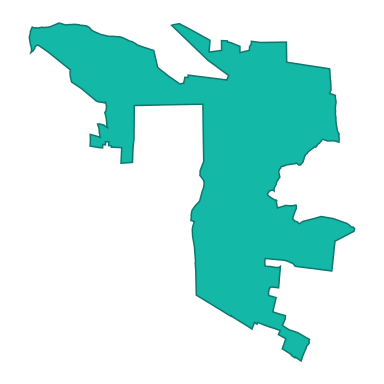 the district of Sacalum, Yucatán, Mexico
{"feature_id": "50627088B66414175482528", "entity_name": "Sacalum", "entity_type": "district", "adm_level": 2, "iso_a3": "MEX", "parent_name": "Mexico", "parent_adm1": "Yucatán", "projection": "robinson", "projection_center": [-89.63, 20.506], "detail": "fine", "context": "isolated", "style": "filled", "palette": "teal", "viewbox_px": 384, "rotation_deg": 0, "n_neighbors": 0, "source": "geoboundaries", "source_scale": "gbopen_adm2", "svg_char_len": 5230}
<svg xmlns="http://www.w3.org/2000/svg" viewBox="0 0 384 384"><path d="M30.9,52.5L33.2,50.7L33.7,49.8L34.6,48.6L35.2,46.6L35.6,46.2L37.8,44.9L45.5,50.1L48.1,52.0L69.0,68.8L70.4,69.9L70.0,72.0L70.2,75.6L70.3,76.2L71.2,80.4L71.4,81.4L71.6,82.0L81.6,88.7L95.1,100.0L95.3,100.1L95.4,100.3L95.8,100.7L96.4,101.0L97.2,101.5L98.4,101.8L102.8,102.4L104.4,102.9L105.4,102.1L106.2,104.4L106.4,105.5L106.5,107.8L105.9,111.1L104.8,112.4L106.1,117.3L106.6,121.3L106.8,125.4L107.0,126.2L107.6,127.6L105.7,126.6L103.8,125.0L99.6,124.0L98.4,123.9L97.6,124.0L98.8,127.7L99.1,129.2L99.3,132.6L100.3,137.4L98.9,136.8L98.5,136.7L98.4,136.7L98.2,136.6L90.2,134.4L90.4,139.3L90.1,146.1L96.2,147.1L99.1,147.6L99.4,147.6L99.5,147.6L102.6,147.9L102.7,144.6L105.5,144.8L105.6,141.7L108.8,141.9L108.6,145.6L111.4,145.8L111.4,147.2L114.0,147.3L116.8,147.4L121.8,147.7L121.8,147.8L121.7,147.9L121.7,148.0L121.0,163.2L132.5,162.4L132.5,160.8L132.6,159.3L132.7,157.2L132.7,155.6L132.7,154.7L132.8,153.1L132.9,150.7L133.1,147.3L133.1,147.1L134.0,138.9L134.0,134.7L134.3,105.5L141.7,105.4L159.9,105.0L162.6,104.9L179.0,104.6L202.9,104.2L203.2,129.6L203.7,160.9L203.9,160.9L200.1,170.8L200.1,171.2L200.1,172.7L200.1,173.3L199.9,175.4L202.8,179.1L203.7,180.6L204.2,183.4L203.9,185.9L203.7,187.2L203.1,189.1L202.2,191.4L200.0,199.8L199.5,201.2L195.7,205.3L193.7,207.9L192.1,210.3L191.7,211.8L191.2,214.9L191.3,216.8L190.9,220.4L194.3,221.6L192.8,226.4L192.3,229.3L192.6,236.2L194.4,246.6L195.4,259.9L195.7,261.3L195.2,262.3L195.8,271.0L195.8,271.6L196.3,294.6L196.3,294.8L196.3,295.1L231.0,316.3L231.1,316.0L231.2,315.9L231.2,316.0L231.7,316.3L232.3,316.6L232.9,317.0L233.5,317.4L234.1,317.8L234.6,318.1L235.2,318.5L235.9,318.9L236.4,319.2L237.0,319.6L237.6,320.0L238.2,320.4L238.8,320.7L239.4,321.1L240.0,321.5L240.7,321.9L241.2,322.2L242.1,322.8L242.3,322.9L248.3,326.6L250.0,327.7L251.9,329.1L254.6,322.4L257.0,324.2L257.6,322.4L269.1,326.8L274.5,328.5L280.2,330.5L278.4,334.6L285.8,338.7L282.3,348.8L289.5,353.4L291.5,354.7L291.3,355.4L295.0,357.8L295.4,357.1L301.1,361.0L302.6,356.4L304.6,351.5L306.1,348.3L306.6,346.1L307.5,345.2L308.1,344.5L308.9,343.5L309.2,342.7L309.1,341.9L309.0,340.6L309.5,339.4L306.4,337.7L297.6,332.6L290.8,330.3L289.5,330.0L289.0,329.7L282.4,325.5L285.2,319.1L285.4,315.6L278.4,313.7L272.8,311.8L276.1,297.6L268.7,295.5L268.5,292.6L268.6,291.3L268.9,291.2L268.8,290.5L269.4,288.9L269.6,288.8L269.4,288.3L270.2,287.3L271.7,287.0L278.6,287.8L280.4,266.4L279.2,267.4L276.5,267.5L273.1,267.0L269.4,266.4L269.2,266.6L265.1,266.1L264.7,261.6L265.3,258.5L273.8,259.3L283.8,260.2L284.2,260.3L285.1,260.4L289.1,261.8L290.4,262.6L292.7,263.2L295.1,266.2L295.8,266.4L307.1,267.8L331.8,271.0L335.0,241.2L353.9,231.3L354.7,228.8L353.2,227.1L352.1,227.0L351.5,227.1L348.9,224.8L346.8,223.4L333.3,218.6L321.1,216.5L314.6,218.4L302.9,221.4L299.6,223.6L298.6,223.5L297.6,222.1L294.7,220.9L292.6,218.7L293.4,216.0L295.5,210.1L296.2,208.9L296.3,207.9L296.3,205.3L295.1,205.1L293.1,205.7L289.6,205.8L285.6,205.4L282.8,206.4L281.0,206.9L278.0,207.7L277.4,207.9L276.3,202.0L276.8,200.9L275.9,199.9L275.3,200.1L275.1,200.2L270.3,197.2L268.4,195.8L267.3,194.2L269.1,191.6L269.1,191.2L271.9,190.2L272.3,190.2L273.3,190.3L274.1,191.0L274.1,188.4L275.3,186.0L276.0,184.8L276.4,183.4L276.5,182.4L279.3,177.8L279.9,177.1L279.5,175.7L279.1,173.5L278.7,172.9L278.7,171.7L279.9,168.6L280.3,168.4L280.8,168.0L281.2,166.6L283.8,166.1L286.4,164.9L295.5,163.6L296.5,163.1L298.9,165.1L300.7,164.8L301.3,163.8L302.6,162.5L303.0,161.9L304.0,158.7L304.4,157.3L305.3,154.9L306.6,153.8L307.4,153.1L307.9,152.1L314.3,147.1L315.8,147.1L317.6,144.5L318.2,144.0L318.9,143.6L319.6,143.1L320.3,142.0L321.0,141.4L321.5,140.7L322.1,139.9L322.5,139.5L323.4,139.4L324.8,140.0L327.2,140.9L329.5,140.9L331.0,140.8L334.6,140.9L339.0,142.2L339.1,137.7L338.9,136.1L339.1,134.0L337.7,131.8L336.6,126.2L336.3,124.5L336.0,121.5L335.9,120.0L335.9,117.3L335.5,115.0L335.4,113.5L335.6,111.4L335.4,109.3L335.5,106.3L336.1,102.0L335.3,97.1L335.4,95.5L332.0,94.1L329.7,93.7L331.0,89.9L330.9,86.1L330.6,81.0L330.1,76.4L329.9,71.2L329.9,70.0L329.4,69.3L329.5,68.8L318.0,67.0L303.4,64.8L286.7,62.2L286.4,42.1L260.7,42.5L252.0,41.4L251.9,41.4L251.4,41.3L251.3,43.8L249.5,46.9L249.4,50.3L239.9,52.6L240.0,46.4L230.1,42.4L227.7,42.2L227.4,40.8L226.2,40.8L221.5,40.6L221.6,50.4L209.1,52.1L210.0,40.3L190.8,29.7L179.4,23.7L173.6,24.7L171.6,25.3L208.1,60.4L228.6,75.4L227.8,77.8L227.0,79.2L227.0,80.0L188.1,75.1L188.1,77.5L184.9,77.3L184.2,80.8L183.7,82.3L183.8,83.2L179.7,83.9L172.8,79.0L168.6,76.2L166.4,74.4L165.5,73.8L164.9,73.1L163.5,72.1L161.4,70.5L157.5,67.2L156.3,61.2L155.1,56.5L153.8,50.5L143.6,47.2L136.9,44.8L135.7,43.7L132.0,41.6L129.6,41.0L122.5,37.6L120.1,36.9L114.1,36.4L108.5,36.3L100.3,34.3L94.0,31.5L93.6,31.3L91.4,30.0L91.3,29.9L90.6,29.0L90.4,28.8L89.5,27.7L89.4,27.6L88.8,27.0L87.7,26.7L86.7,25.9L82.0,25.3L80.2,25.3L78.9,24.7L74.1,24.3L70.8,24.6L68.5,24.6L65.9,25.0L64.7,24.7L59.1,23.0L50.1,26.8L47.4,27.3L45.9,27.3L44.1,27.6L42.6,27.2L42.1,27.3L40.8,27.4L39.2,27.7L38.8,27.9L37.7,28.1L37.1,27.9L36.1,27.7L34.4,27.9L32.2,27.1L30.4,31.4L30.3,33.5L29.3,37.3L29.7,39.9L30.0,42.0L30.7,45.5L31.3,47.2L31.5,49.5L31.5,50.9L30.9,52.5Z" fill="#14b8a6" stroke="#0f766e" stroke-width="1.5"/></svg>